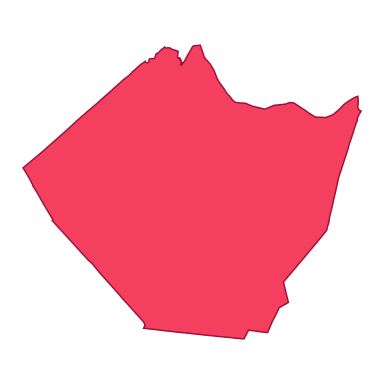 Valea Ramnicului, Buzau, Romania (Robinson projection)
{"feature_id": "2599482B35359863069359", "entity_name": "Valea Ramnicului", "entity_type": "district", "adm_level": 2, "iso_a3": "ROU", "parent_name": "Romania", "parent_adm1": "Buzau", "projection": "robinson", "projection_center": [27.043, 45.336], "detail": "fine", "context": "isolated", "style": "filled", "palette": "rose", "viewbox_px": 384, "rotation_deg": 0, "n_neighbors": 0, "source": "geoboundaries", "source_scale": "gbopen_adm2", "svg_char_len": 4955}
<svg xmlns="http://www.w3.org/2000/svg" viewBox="0 0 384 384"><path d="M329.4,218.4L329.5,218.2L329.6,217.5L329.9,215.6L330.3,214.2L330.9,211.9L332.0,207.4L332.3,206.1L333.5,200.6L333.7,199.5L335.1,193.7L336.8,185.9L337.7,181.9L338.8,176.9L340.6,171.5L341.1,170.2L342.3,166.4L343.1,163.9L344.0,161.1L344.6,159.4L346.3,154.4L346.8,152.8L347.0,152.0L347.1,151.6L348.2,148.3L348.4,147.6L348.5,146.9L348.6,146.6L348.7,146.1L348.8,145.6L349.1,144.9L349.7,142.9L351.7,137.0L352.1,136.1L352.2,135.2L352.5,134.3L352.9,133.5L353.1,132.9L353.6,131.1L354.3,129.1L354.4,128.5L354.7,127.3L355.2,126.0L355.7,124.5L356.0,123.4L356.8,121.6L357.1,120.9L357.4,120.3L357.5,120.0L357.3,119.6L357.2,119.4L357.2,119.2L357.3,118.8L357.4,118.5L357.5,118.0L357.6,117.7L357.9,117.1L358.1,116.9L358.4,116.4L358.5,116.2L358.7,115.6L358.8,115.0L359.0,114.5L359.2,114.0L359.6,113.5L360.0,113.0L360.2,112.8L360.4,112.4L360.6,112.1L360.8,111.7L360.8,111.4L361.0,111.0L360.7,110.9L360.3,110.8L359.9,110.5L359.4,110.2L358.2,108.6L357.8,106.8L358.1,104.4L358.2,103.2L358.3,102.0L358.0,98.2L357.9,96.3L356.3,96.8L354.5,97.5L351.7,99.2L348.9,100.9L344.0,104.4L339.9,108.8L332.9,114.8L325.7,117.5L315.0,117.0L308.9,113.0L303.7,109.4L297.8,105.5L294.2,103.2L293.0,102.7L290.9,102.6L289.0,102.7L285.6,104.1L281.3,104.6L274.2,105.3L265.0,109.1L259.5,107.9L252.1,106.1L246.5,103.7L245.0,103.1L241.0,103.1L235.7,102.4L233.2,100.8L229.5,96.0L227.3,94.0L224.2,89.0L218.8,81.6L216.8,77.7L214.2,70.9L210.4,64.3L204.5,57.6L200.2,45.1L199.0,45.3L196.1,45.6L195.5,45.6L194.4,45.7L193.6,45.9L193.2,46.1L192.6,46.6L191.9,47.7L191.3,49.1L188.5,53.7L185.0,60.2L184.0,61.8L183.8,62.2L183.5,62.7L183.3,62.6L181.4,65.2L180.6,64.9L181.1,64.2L182.1,62.6L180.7,62.4L180.8,61.8L181.3,60.4L180.3,60.3L180.4,58.9L179.6,58.9L179.7,57.9L177.6,57.8L177.6,57.7L177.9,52.7L178.1,52.7L178.2,51.4L175.4,50.2L175.2,50.5L174.2,50.1L172.7,49.4L170.6,48.7L169.6,47.7L169.0,47.8L168.3,47.8L167.4,47.8L165.9,48.1L165.6,47.9L164.9,47.2L164.7,47.0L164.4,47.3L164.1,47.6L163.8,47.8L163.4,48.1L163.0,48.5L162.6,48.8L162.0,49.2L161.4,49.6L161.2,49.7L161.0,50.0L160.9,50.1L160.8,50.3L160.7,50.4L160.5,50.6L160.3,50.7L160.0,51.0L159.7,51.2L159.6,51.3L159.5,51.5L159.1,52.2L158.8,52.5L158.3,52.8L157.5,53.1L157.1,53.4L156.7,53.5L156.5,53.8L156.4,54.0L156.2,54.2L155.8,54.4L155.7,54.5L155.6,54.9L155.5,55.5L155.5,55.9L155.4,56.4L155.3,56.7L155.1,57.1L155.0,57.3L154.8,57.6L154.2,58.5L153.7,58.6L153.3,58.7L151.5,58.6L150.5,58.7L149.7,58.8L149.2,59.3L149.0,59.8L148.9,60.6L148.9,61.2L148.6,62.0L148.2,62.5L147.6,62.9L147.1,62.9L146.2,62.5L145.8,62.3L145.5,62.0L145.3,61.6L145.3,61.4L140.5,64.6L137.9,67.0L134.7,69.9L132.0,72.2L131.9,72.4L131.7,72.8L131.0,73.6L129.1,75.3L126.2,77.6L124.5,78.9L123.4,79.7L119.9,82.9L118.0,84.6L115.0,87.2L112.8,89.3L111.2,90.8L109.5,92.3L108.5,93.2L107.4,94.1L105.0,96.2L103.9,97.2L101.7,99.2L99.3,101.3L96.4,103.9L91.2,108.3L87.6,111.3L83.9,114.7L82.2,116.1L80.3,117.7L75.0,122.4L73.3,124.0L71.7,125.6L67.5,129.4L62.6,133.8L61.8,134.5L41.1,152.8L34.6,158.2L23.0,167.9L26.9,174.1L30.4,180.3L32.0,183.7L32.6,184.2L32.7,184.8L32.7,185.0L32.8,185.7L33.4,186.8L35.8,190.5L36.5,191.6L40.7,199.0L41.1,199.8L41.9,201.1L42.1,201.5L43.6,204.1L48.3,212.0L52.5,219.0L52.9,219.7L52.2,220.5L53.0,221.4L56.8,225.6L57.4,226.2L58.3,227.3L61.1,230.3L68.7,238.7L72.4,242.7L78.5,249.4L82.1,253.5L83.6,255.0L85.2,256.8L86.7,258.4L87.9,259.7L88.9,260.7L89.6,261.4L89.9,261.6L90.8,262.4L92.4,263.8L93.0,264.6L96.4,268.7L98.5,271.4L100.6,273.8L104.1,277.7L116.2,291.3L120.0,295.6L122.9,299.1L124.8,301.1L127.5,304.0L130.7,307.6L133.5,310.7L136.2,313.8L139.7,317.6L140.1,318.1L140.5,318.5L141.2,319.3L141.6,319.7L143.2,321.5L144.0,322.6L144.2,323.2L144.5,323.9L145.1,325.1L143.6,328.3L144.5,328.4L146.4,328.6L147.2,328.6L149.1,328.9L151.9,329.2L153.2,329.3L155.9,329.6L160.2,330.2L164.5,330.7L172.5,331.5L172.8,331.6L176.7,332.1L183.1,332.7L184.4,332.8L204.4,335.0L212.7,335.8L214.4,336.0L216.8,336.3L218.9,336.5L220.0,336.6L225.3,337.1L229.8,337.5L232.0,337.7L233.2,337.9L237.8,338.4L242.3,338.8L242.6,338.8L243.1,338.8L243.8,338.9L244.0,338.8L244.3,338.6L244.4,338.1L244.5,337.7L244.9,337.0L245.1,336.6L245.4,336.0L245.8,335.6L246.1,335.1L246.4,334.5L246.5,334.2L246.7,333.8L246.8,333.5L246.9,333.2L247.1,332.9L247.2,332.6L247.3,332.4L247.5,332.2L247.8,331.8L248.0,331.3L248.2,331.0L248.2,330.6L248.3,330.1L249.3,330.2L251.2,330.5L254.7,331.0L260.6,331.8L263.0,332.1L267.6,332.6L272.3,321.5L273.8,318.7L275.6,315.3L278.4,309.5L278.9,308.2L279.3,307.7L279.5,307.5L279.8,307.4L280.2,307.1L280.4,307.0L280.9,306.7L281.7,306.3L283.4,305.3L286.5,303.6L288.4,302.4L287.9,300.4L287.4,298.5L286.2,293.5L285.1,288.9L284.2,285.3L284.1,284.5L283.5,281.9L302.2,259.9L309.3,251.4L312.6,247.5L314.8,244.8L316.6,242.7L318.9,239.9L322.6,235.4L326.7,230.3L326.6,229.9L326.8,229.3L327.1,228.7L327.6,226.0L328.5,223.6L328.7,222.9L329.0,221.9L329.0,221.6L329.1,219.9L329.3,218.4L329.4,218.4Z" fill="#f43f5e" stroke="#9f1239" stroke-width="1.5"/></svg>